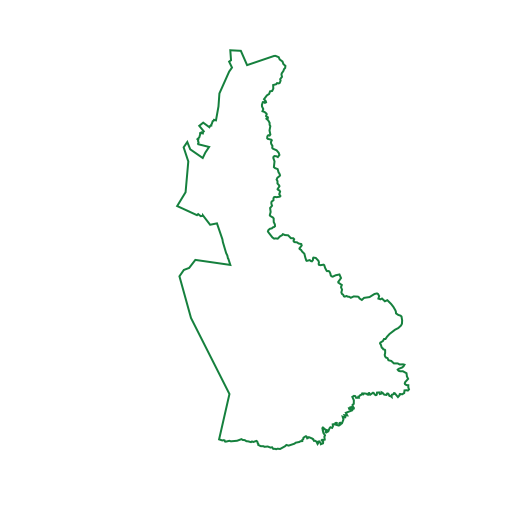 Masinga, Eastern, Kenya, rotated 66°
{"feature_id": "3690345B51887825082332", "entity_name": "Masinga", "entity_type": "district", "adm_level": 2, "iso_a3": "KEN", "parent_name": "Kenya", "parent_adm1": "Eastern", "projection": "albers", "projection_center": [37.619, -0.95], "detail": "fine", "context": "isolated", "style": "outline", "palette": "green", "viewbox_px": 512, "rotation_deg": 66, "n_neighbors": 0, "source": "geoboundaries", "source_scale": "gbopen_adm2", "svg_char_len": 6145}
<svg xmlns="http://www.w3.org/2000/svg" viewBox="0 0 512 512"><g transform="rotate(66 256 256)"><path d="M83.6,154.4L81.1,156.8L80.6,158.1L78.0,186.5L62.4,186.4L57.6,195.8L67.0,199.2L67.5,201.5L74.1,201.3L76.6,205.5L92.6,223.3L104.2,229.5L115.8,237.4L114.5,239.0L115.2,239.7L115.2,240.7L117.3,242.6L118.0,243.7L118.7,243.8L118.6,245.3L119.4,246.2L112.7,250.0L114.0,254.9L120.9,253.0L121.3,254.1L122.4,254.7L121.5,256.0L120.9,255.9L121.0,257.1L122.1,257.5L124.6,259.6L125.4,261.9L126.3,261.4L127.2,262.2L128.8,262.2L129.9,263.3L130.4,263.3L137.3,254.5L140.9,260.2L144.8,264.8L131.8,272.7L123.9,272.4L127.3,277.9L142.1,279.4L169.1,294.4L178.3,307.7L194.7,293.3L194.2,291.8L197.1,290.3L197.7,288.3L197.2,288.0L208.8,285.2L210.3,278.4L227.1,279.9L229.8,280.6L241.2,282.1L243.9,282.0L246.8,282.6L247.2,282.4L253.7,283.1L234.9,313.0L239.7,321.9L239.4,327.6L243.4,334.2L286.2,340.6L371.3,336.4L408.5,364.3L410.8,361.8L411.1,360.4L411.7,359.7L412.8,359.8L413.3,359.2L414.0,355.5L415.1,354.3L417.1,348.4L417.4,343.8L418.7,342.9L419.6,341.2L421.3,340.1L422.1,338.6L424.0,336.3L423.8,335.1L424.8,334.1L425.1,330.8L426.1,330.3L427.7,330.6L428.3,330.3L429.4,330.8L431.6,329.1L432.9,326.4L433.7,326.0L434.8,322.8L436.9,320.7L437.3,319.1L439.2,318.7L439.9,317.0L440.7,316.2L440.8,314.7L442.1,312.5L441.6,306.8L441.0,305.1L442.5,303.3L443.1,297.2L442.7,295.7L443.5,292.1L443.3,290.7L443.9,289.0L442.7,288.4L442.6,287.4L441.3,286.5L440.9,283.9L441.2,283.4L442.0,283.2L443.4,283.4L443.5,282.8L442.9,281.8L443.1,281.3L445.7,278.8L446.5,278.7L446.7,278.2L448.5,278.2L448.9,277.1L450.1,276.3L452.8,276.2L451.9,274.8L450.9,274.7L451.0,273.7L453.0,273.0L454.3,273.3L454.4,271.0L453.1,270.2L451.0,270.9L450.8,270.3L451.5,269.3L451.7,267.9L449.0,267.1L447.9,265.9L445.0,266.4L442.3,265.9L442.1,265.2L440.8,265.6L440.2,265.3L439.9,264.6L443.7,262.8L443.7,262.1L444.1,261.8L444.7,263.6L445.2,264.0L445.8,263.7L445.6,261.3L443.3,258.9L442.7,257.7L444.0,256.4L442.9,255.0L441.0,254.4L441.3,253.2L442.2,252.3L442.2,251.8L440.9,251.3L441.0,250.6L441.4,250.1L443.2,251.0L444.6,249.3L444.3,247.3L443.9,247.0L442.9,248.0L442.5,247.6L442.6,246.8L443.9,246.1L443.8,245.5L440.9,242.6L438.1,242.2L439.5,240.8L439.7,240.1L439.3,239.8L437.4,239.9L438.7,237.5L435.8,237.7L436.1,231.3L434.7,231.8L433.5,233.1L432.9,233.0L433.2,232.3L433.2,231.6L432.6,231.4L432.9,230.0L435.2,229.6L435.2,228.7L434.6,228.4L432.7,228.8L431.3,228.4L430.8,226.8L427.6,225.3L423.9,225.3L423.6,223.4L424.4,222.3L426.3,222.2L427.3,219.7L426.1,219.6L426.2,218.8L425.4,217.1L425.7,216.0L424.7,214.9L424.9,214.4L425.6,214.6L426.0,214.2L425.6,213.7L425.7,212.7L426.9,211.0L427.9,210.6L428.3,210.0L427.1,208.9L427.3,208.3L428.7,208.6L429.2,208.2L428.5,204.7L429.3,204.1L430.6,204.0L431.8,203.3L432.0,202.5L431.5,201.9L430.0,201.0L430.7,199.0L432.5,199.0L432.7,197.4L431.5,196.8L432.5,196.0L434.8,195.3L436.0,193.3L435.0,192.2L435.2,191.5L435.8,191.1L438.2,191.0L438.8,190.0L440.0,189.4L438.4,188.8L438.0,188.3L438.2,186.4L437.4,185.7L437.7,185.1L442.6,183.7L441.5,181.3L440.8,181.1L440.6,180.6L441.8,178.7L441.5,176.4L439.2,175.0L439.8,173.2L440.7,172.0L440.1,170.5L437.9,170.3L436.0,169.4L435.2,171.0L433.7,172.0L432.8,171.9L431.9,171.0L430.1,167.0L427.4,167.1L424.3,166.2L421.0,168.7L420.0,171.1L418.9,172.4L417.5,172.8L417.1,171.6L417.3,167.9L416.8,166.1L415.7,164.6L414.8,165.7L413.5,168.9L411.8,170.2L410.2,173.7L406.9,175.1L405.1,177.4L402.8,177.4L401.5,178.7L400.0,178.9L398.6,178.6L397.2,177.5L394.5,176.3L394.1,176.4L393.0,177.7L392.0,177.7L390.9,178.4L387.5,178.0L386.5,178.3L385.7,177.7L385.3,174.7L383.9,172.8L384.5,171.5L383.0,169.1L381.5,165.6L379.9,159.0L379.7,155.3L378.5,151.8L377.2,150.2L374.3,148.7L370.5,147.7L369.3,148.2L367.7,150.0L365.4,151.4L363.4,150.8L362.0,150.8L358.3,151.2L354.7,152.1L349.8,154.0L349.8,156.7L346.1,158.2L346.2,159.9L344.7,161.5L342.7,159.8L340.3,160.0L339.4,160.7L338.9,163.2L339.7,169.0L338.2,174.3L339.2,177.2L336.9,178.7L335.5,178.8L334.6,179.4L332.7,183.1L332.7,186.4L331.3,187.3L330.4,188.8L329.4,189.5L329.2,191.5L328.6,192.1L326.9,192.1L325.5,192.9L323.9,192.8L321.8,191.1L319.0,191.0L317.4,189.4L313.8,191.6L313.1,191.4L310.7,187.3L306.8,187.3L306.0,191.1L306.1,194.3L305.2,195.3L304.1,195.6L302.2,195.2L299.9,195.3L299.2,195.9L298.7,197.3L298.1,197.5L295.1,197.7L292.1,197.4L291.4,197.8L290.6,200.9L289.6,202.1L288.7,202.0L287.5,201.1L285.8,200.9L282.1,202.2L280.8,204.2L281.1,204.7L282.9,205.7L283.6,207.1L283.0,207.9L281.6,208.6L281.1,211.6L280.6,211.9L277.6,211.6L273.6,210.9L270.6,212.1L268.9,212.3L267.4,213.3L266.7,213.2L265.0,210.0L263.5,209.8L261.9,212.0L260.2,213.0L258.9,215.3L257.5,215.6L256.2,214.3L255.0,214.7L253.9,216.9L250.2,218.2L248.6,221.1L247.0,222.6L247.6,223.7L247.8,226.0L249.0,229.1L247.9,230.9L247.5,232.4L245.6,233.5L239.1,235.1L238.3,235.1L237.3,234.0L236.8,232.2L237.2,230.3L236.7,228.9L236.9,227.7L236.5,226.5L234.7,225.9L232.2,226.0L228.9,224.6L227.7,224.9L225.2,226.7L224.3,226.8L221.7,224.7L217.9,223.6L216.6,220.9L214.5,220.7L213.2,220.1L212.6,219.5L212.2,217.4L210.3,216.5L209.6,215.5L209.8,214.5L210.6,213.4L211.5,210.1L211.1,209.3L208.9,209.6L207.0,207.8L205.6,207.9L205.0,208.7L203.7,209.1L201.8,206.2L201.1,206.1L198.5,206.9L196.3,205.9L194.6,206.1L193.2,204.6L192.6,202.0L192.0,201.2L190.0,201.1L189.0,201.4L185.4,200.9L183.4,202.9L182.1,203.5L177.1,200.6L173.4,200.3L172.5,199.6L172.2,198.5L173.2,196.8L174.5,195.8L173.2,193.5L170.9,193.3L167.8,194.2L165.0,196.8L163.8,197.2L162.1,196.2L159.6,196.5L158.0,196.0L156.7,194.5L156.0,194.7L153.8,197.6L153.0,197.9L151.5,197.1L150.8,196.2L150.7,195.5L151.5,194.6L150.9,193.5L146.8,192.6L143.2,190.1L141.7,190.2L139.8,189.4L137.0,189.7L135.0,190.6L134.7,188.9L133.9,188.8L132.9,189.8L132.2,189.9L130.9,188.6L130.2,188.5L127.9,189.6L126.4,191.2L124.7,189.6L121.9,189.7L120.3,189.1L118.2,187.2L118.6,186.2L119.7,185.6L119.7,184.3L118.6,184.1L116.0,184.9L113.7,180.7L113.3,178.1L111.3,176.2L111.8,174.1L110.1,172.1L106.8,170.8L107.3,167.6L106.6,166.4L107.6,165.0L107.5,163.9L105.8,162.2L104.3,162.0L102.9,159.4L100.5,158.9L99.6,158.2L98.1,155.7L96.7,154.4L96.1,152.9L94.3,151.8L91.8,152.9L89.1,152.7L86.1,154.4L83.6,154.4Z" fill="none" stroke="#15803d" stroke-width="2"/></g></svg>